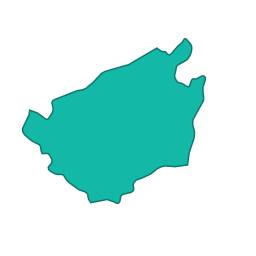 map outline of Aïn Defla (Albers equal-area conic projection), rotated 332°
{"feature_id": "DZA-2199", "entity_name": "Aïn Defla", "entity_type": "Province", "adm_level": 1, "iso_a3": "DZA", "parent_name": "Algeria", "parent_adm1": "", "projection": "albers", "projection_center": [2.129, 36.152], "detail": "fine", "context": "isolated", "style": "filled", "palette": "teal", "viewbox_px": 256, "rotation_deg": 332, "n_neighbors": 0, "source": "natural_earth", "source_scale": "10m", "svg_char_len": 1686}
<svg xmlns="http://www.w3.org/2000/svg" viewBox="0 0 256 256"><g transform="rotate(332 128 128)"><path d="M84.4,189.9L82.4,188.9L81.1,186.8L76.0,181.3L60.2,176.5L59.7,172.5L60.5,169.7L61.3,167.7L61.0,165.9L59.9,163.9L55.9,159.8L50.4,148.6L49.3,144.9L49.0,139.5L48.1,138.2L44.2,136.0L41.9,134.0L39.1,129.7L38.5,127.2L39.1,125.3L40.9,124.3L43.1,123.6L44.8,122.4L46.0,120.2L46.1,115.3L45.3,113.1L43.5,111.7L41.9,111.3L40.3,110.4L40.3,108.5L42.1,103.0L41.8,100.9L38.3,96.2L36.1,92.2L33.6,85.5L33.3,82.0L34.4,79.2L46.7,70.0L49.6,66.1L55.2,72.4L59.9,82.2L61.3,82.4L63.0,81.9L66.9,79.8L68.7,78.6L70.3,77.0L71.3,75.0L72.6,70.0L74.4,68.6L77.1,68.5L100.6,71.2L105.9,73.0L110.3,73.3L112.3,72.6L118.6,71.4L130.1,67.4L134.2,67.3L158.4,72.4L191.0,71.0L193.0,75.1L193.8,76.2L194.9,77.1L196.5,78.1L197.1,78.9L197.5,81.6L199.0,83.0L202.0,82.5L210.5,79.1L215.3,78.2L219.6,75.8L220.4,76.1L221.2,76.9L222.7,83.1L222.5,85.7L221.9,87.2L220.4,89.6L217.6,92.5L214.7,94.4L211.7,95.5L201.3,95.8L199.8,96.5L198.7,97.7L197.0,99.9L194.8,102.2L193.7,103.6L193.1,105.5L192.9,108.9L193.4,110.5L193.8,111.6L196.6,114.0L197.7,115.7L198.5,117.6L199.8,119.3L200.3,119.8L200.7,120.0L201.4,119.9L202.4,119.4L206.1,116.0L207.3,115.3L208.5,115.2L211.4,116.8L217.3,116.8L218.6,117.1L219.6,117.9L219.9,119.5L219.1,121.6L213.5,126.9L211.4,130.8L209.2,136.4L207.6,139.2L189.8,150.8L188.4,152.4L187.2,154.3L186.3,157.0L185.1,162.1L183.7,164.9L181.5,168.0L170.5,178.4L163.2,188.6L151.4,184.2L143.3,179.1L139.1,177.8L134.6,177.7L126.6,179.2L117.4,178.8L111.1,177.8L107.4,179.0L105.5,181.2L104.7,184.2L103.4,185.8L100.5,186.3L92.1,184.1L89.6,184.8L86.5,188.8L84.4,189.9Z" fill="#14b8a6" stroke="#0f766e" stroke-width="1.5"/></g></svg>